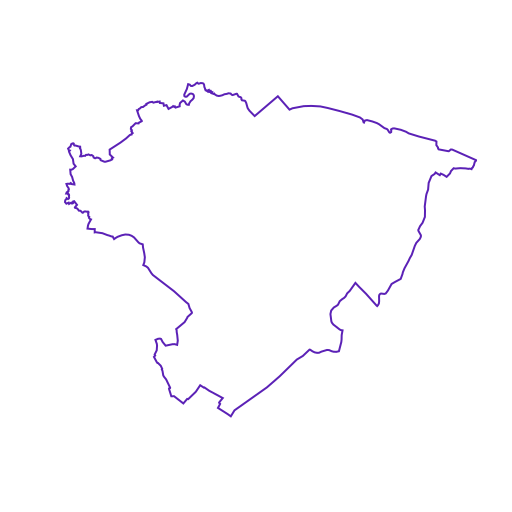 outline of Bang Pakong, Chachoengsao, Thailand, rotated 189°
{"feature_id": "78962969B35774632549792", "entity_name": "Bang Pakong", "entity_type": "district", "adm_level": 2, "iso_a3": "THA", "parent_name": "Thailand", "parent_adm1": "Chachoengsao", "projection": "albers", "projection_center": [100.994, 13.548], "detail": "fine", "context": "isolated", "style": "outline", "palette": "violet", "viewbox_px": 512, "rotation_deg": 189, "n_neighbors": 0, "source": "geoboundaries", "source_scale": "gbopen_adm2", "svg_char_len": 6112}
<svg xmlns="http://www.w3.org/2000/svg" viewBox="0 0 512 512"><g transform="rotate(189 256 256)"><path d="M255.8,93.7L253.1,100.2L224.7,127.9L213.8,140.9L199.5,160.1L194.1,164.6L188.5,171.9L187.8,171.9L185.3,170.7L183.0,170.0L180.5,169.9L178.6,170.3L176.4,171.8L171.2,174.3L169.1,174.5L166.4,173.8L164.4,173.6L161.7,173.9L159.2,174.9L158.3,184.3L158.4,186.8L159.0,191.3L158.9,196.1L160.7,196.1L162.0,196.6L168.9,200.4L170.7,202.1L171.4,203.4L173.4,210.3L173.2,213.9L171.1,217.3L168.5,219.5L167.4,220.7L166.2,224.5L164.0,227.0L162.5,228.3L161.2,230.1L160.1,233.4L158.0,236.1L153.6,245.0L149.4,241.7L141.4,235.9L129.4,226.1L128.5,225.5L127.9,226.4L127.2,228.3L127.3,230.6L128.2,235.7L128.1,236.9L127.7,237.6L127.2,238.2L126.5,238.5L123.3,238.6L122.0,239.3L120.3,242.5L117.7,249.6L114.4,252.3L109.5,256.0L108.5,261.1L108.4,262.9L107.4,267.1L104.6,274.9L103.7,278.1L102.4,281.4L100.7,290.9L99.7,294.1L96.9,298.4L96.3,300.3L96.2,301.4L96.4,302.3L99.4,306.1L99.8,307.0L98.6,311.2L96.7,314.8L95.3,321.0L96.2,327.5L97.1,331.3L97.4,341.8L97.3,343.9L96.4,348.5L96.9,355.2L95.2,362.4L92.4,365.0L91.7,366.6L87.1,364.6L86.4,366.3L83.5,365.5L80.1,364.0L77.3,367.9L76.7,370.4L74.5,373.6L72.9,373.5L68.1,374.7L62.7,375.3L59.7,375.3L59.2,375.6L57.7,375.7L56.7,375.5L56.4,376.7L55.7,377.4L55.5,378.6L55.0,379.4L54.7,382.9L53.6,384.6L53.7,385.1L78.8,391.8L80.2,391.7L81.9,389.7L82.3,389.6L92.3,389.9L93.0,390.7L93.2,391.6L95.2,393.7L95.7,397.3L97.1,397.9L113.9,399.5L124.3,401.0L127.3,402.2L132.7,403.3L139.3,403.7L140.6,403.5L142.2,402.5L142.4,402.0L142.0,400.9L141.9,399.5L142.9,398.7L143.7,399.0L145.7,401.3L146.6,401.9L149.2,402.4L155.1,405.4L157.4,406.2L162.2,407.1L167.6,407.6L169.5,406.9L170.1,405.5L170.2,404.7L170.6,404.8L172.0,407.5L175.0,409.1L183.2,410.7L196.5,412.3L208.2,413.4L215.9,413.8L224.8,412.9L232.2,411.5L243.1,407.6L245.8,405.8L259.4,417.2L279.2,394.0L285.0,398.3L286.6,399.9L287.5,401.0L289.6,405.6L290.8,407.3L291.4,407.6L294.2,407.6L294.9,408.4L295.1,409.6L295.5,410.1L296.1,410.5L297.4,410.6L298.3,410.9L300.1,413.2L300.7,413.2L304.2,411.3L305.3,411.5L306.5,412.5L308.7,412.4L310.1,411.6L312.5,410.8L314.4,409.5L316.5,408.6L317.8,408.2L319.9,408.3L322.0,409.2L322.7,409.9L323.3,409.4L324.7,409.8L324.8,410.8L325.3,410.5L325.6,409.9L325.9,410.0L326.2,410.3L325.9,410.7L326.2,411.1L326.0,411.5L326.6,412.1L327.7,411.3L327.6,410.8L327.9,410.7L328.2,410.9L328.3,412.3L328.5,412.7L329.3,412.2L329.5,411.0L329.8,411.2L330.2,411.2L330.7,411.7L331.5,411.7L331.6,412.2L332.2,412.4L332.4,413.2L333.4,414.8L334.1,417.1L334.9,418.1L335.9,418.3L337.6,418.2L339.5,417.2L339.9,417.2L341.1,418.0L342.0,417.3L343.4,415.5L345.6,413.9L346.9,413.8L348.3,414.9L349.9,415.1L350.4,410.2L352.1,404.2L351.8,402.8L350.9,402.3L350.1,402.3L349.3,402.6L347.2,405.4L346.7,405.9L345.6,406.3L344.2,406.2L343.4,405.9L342.6,405.0L342.3,404.1L342.3,402.2L343.3,400.5L344.9,398.6L345.9,396.2L346.0,394.8L347.4,394.7L348.1,394.9L348.7,395.2L350.4,397.3L352.5,398.2L354.9,395.3L355.1,393.6L354.8,391.9L358.7,390.0L359.6,391.1L360.2,390.5L361.3,391.1L362.0,390.2L365.4,387.6L368.0,391.0L370.5,390.0L371.3,392.3L374.9,392.1L375.3,393.5L377.6,392.7L377.7,393.0L381.4,391.4L382.5,392.0L383.0,391.9L385.1,391.2L388.1,389.1L387.8,388.4L388.1,388.1L389.2,387.3L390.9,385.5L392.6,385.1L393.7,383.6L394.8,382.8L395.2,381.5L396.3,381.3L393.5,375.9L391.8,373.4L390.0,371.7L389.9,371.3L392.5,369.4L392.7,368.6L395.7,368.3L398.3,364.7L399.5,363.7L399.5,361.9L398.4,361.0L398.2,360.3L398.7,359.8L397.1,358.2L397.9,357.6L397.8,356.6L399.5,355.8L402.7,351.8L407.6,346.8L417.2,338.2L416.3,333.4L412.6,330.8L413.7,329.9L413.2,328.9L414.8,327.7L419.3,325.6L420.5,325.4L424.3,326.3L424.7,326.7L424.9,327.6L427.0,328.3L428.9,328.3L429.7,327.5L430.5,327.4L431.8,327.9L432.3,329.1L433.8,329.9L434.3,330.0L435.3,329.5L437.4,330.1L438.3,329.5L439.7,329.3L440.4,328.2L441.6,328.1L443.9,327.1L445.2,327.0L444.5,329.6L445.5,333.0L446.0,334.1L446.7,334.7L446.6,335.8L446.8,336.5L448.0,336.4L451.6,336.9L452.6,336.7L453.7,337.8L453.6,338.5L453.9,338.7L454.9,338.5L456.0,337.6L456.4,334.9L457.1,334.4L458.4,332.7L457.4,331.1L456.4,331.0L457.0,329.8L454.9,326.5L452.0,323.1L450.6,318.6L448.1,316.3L450.5,313.2L451.9,312.3L453.0,312.2L451.9,307.8L450.0,305.3L448.4,301.8L446.8,299.4L446.5,298.2L449.3,298.2L450.4,299.1L450.8,298.7L451.0,298.1L453.1,298.0L454.5,297.5L453.5,295.6L451.6,293.5L451.2,292.3L451.7,291.7L451.4,290.6L452.9,289.3L453.2,288.0L451.4,288.3L451.2,287.5L450.4,287.5L450.1,286.8L450.1,285.7L449.7,284.4L449.8,283.6L450.6,282.8L452.1,283.5L452.3,282.5L453.1,281.3L453.1,279.4L451.5,278.0L449.4,279.4L448.8,278.2L446.8,279.8L445.9,279.0L445.0,279.5L444.8,279.9L445.2,280.5L445.2,281.2L444.2,281.7L440.8,278.5L442.2,276.3L442.5,275.6L442.3,275.3L440.5,275.1L439.3,274.4L438.1,273.1L436.4,273.2L434.2,271.6L433.7,271.7L432.8,272.9L431.9,273.3L430.0,273.3L428.9,273.6L428.5,273.5L428.2,272.9L428.5,271.9L428.1,271.2L428.2,270.0L427.7,269.1L426.8,268.6L427.0,267.6L425.7,266.5L424.7,266.3L426.4,261.6L426.7,259.8L426.7,256.7L422.5,256.9L419.5,257.4L419.0,254.1L418.2,254.4L411.3,254.5L406.1,253.4L404.2,253.2L401.8,252.7L400.6,252.8L398.8,250.5L397.4,251.9L395.7,253.3L391.8,255.5L388.4,256.8L384.8,257.1L382.0,256.5L379.4,255.3L374.3,251.1L373.0,250.3L369.7,249.8L368.9,246.7L366.9,241.5L365.6,237.4L365.3,232.3L365.9,229.4L362.7,228.5L360.9,227.5L356.6,222.6L354.9,221.1L331.5,208.4L317.7,199.4L315.3,198.1L313.4,194.1L310.8,190.8L310.4,190.0L310.5,189.5L314.1,185.1L314.3,184.1L316.2,179.5L323.4,171.3L322.8,170.3L322.4,168.4L321.5,165.8L320.0,160.1L320.0,155.9L322.6,156.2L324.7,155.8L331.2,153.3L334.7,156.4L336.8,159.2L337.9,159.4L339.8,158.9L342.2,157.4L340.2,153.7L339.7,151.9L339.3,147.3L340.7,142.8L340.0,141.9L341.0,140.4L337.6,135.9L336.6,134.9L336.1,135.0L332.9,132.7L331.0,129.9L331.3,129.3L330.4,127.9L328.9,123.5L327.9,122.3L325.5,120.1L320.2,112.5L320.2,112.2L321.1,111.7L321.2,111.3L317.7,104.2L315.0,104.7L304.7,99.0L301.6,104.1L300.6,104.0L294.2,112.5L290.9,119.6L286.8,117.8L286.4,118.1L281.2,115.6L266.6,110.5L269.5,105.6L269.5,105.3L268.3,104.3L269.8,100.0L259.2,95.4L255.8,93.7Z" fill="none" stroke="#5b21b6" stroke-width="2"/></g></svg>